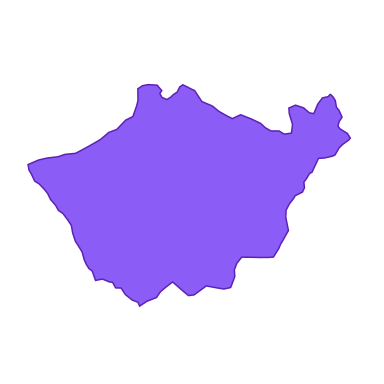 Kivisili, Larnaca, Cyprus, rotated 266°
{"feature_id": "46923920B59918877113180", "entity_name": "Kivisili", "entity_type": "district", "adm_level": 2, "iso_a3": "CYP", "parent_name": "Cyprus", "parent_adm1": "Larnaca", "projection": "mercator", "projection_center": [33.515, 34.826], "detail": "fine", "context": "isolated", "style": "filled", "palette": "violet", "viewbox_px": 384, "rotation_deg": 266, "n_neighbors": 0, "source": "geoboundaries", "source_scale": "gbopen_adm2", "svg_char_len": 1850}
<svg xmlns="http://www.w3.org/2000/svg" viewBox="0 0 384 384"><g transform="rotate(266 192 192)"><path d="M230.8,30.3L230.4,30.4L225.3,30.9L220.9,33.1L213.9,35.8L210.6,40.2L204.8,45.0L200.4,48.0L194.5,50.3L188.2,55.0L182.9,57.5L179.5,61.8L173.3,65.8L167.1,69.3L159.5,70.1L151.0,72.2L146.9,74.5L139.8,78.2L131.8,79.8L127.2,81.5L122.7,83.9L120.2,86.9L110.5,89.6L111.4,96.5L108.1,103.2L107.4,106.5L101.7,109.1L101.1,114.6L94.4,118.3L88.3,124.9L85.9,130.3L81.8,131.8L86.1,139.3L89.2,149.2L94.7,153.6L98.2,158.3L103.6,166.3L100.6,169.4L95.9,174.0L95.7,174.2L88.9,181.2L89.2,186.9L97.3,199.7L94.3,211.4L93.0,217.1L93.6,221.1L94.0,223.9L104.6,228.8L111.3,228.8L117.8,231.8L123.5,237.0L122.8,245.9L121.9,255.6L121.4,263.3L121.4,268.7L129.5,274.6L133.7,276.7L137.1,279.1L146.8,285.5L160.3,283.8L167.3,284.6L173.1,288.1L178.3,292.8L181.1,294.7L184.2,302.2L188.4,304.5L194.1,304.3L197.0,306.9L202.4,310.7L203.2,313.0L216.7,320.5L216.7,326.7L218.0,334.9L219.0,337.3L225.6,341.7L229.0,345.7L233.0,352.1L234.7,353.7L239.6,351.1L244.8,343.9L247.7,342.2L252.1,343.8L256.2,346.9L257.7,346.4L263.3,344.3L266.4,342.0L273.3,341.3L276.6,339.6L279.4,337.3L279.7,336.6L277.6,334.4L276.8,328.7L270.9,323.6L261.7,319.0L262.8,314.6L268.2,309.2L271.4,301.3L269.0,294.5L263.3,294.5L252.5,297.0L243.8,295.3L243.3,288.0L246.8,283.1L247.4,275.0L251.1,269.5L255.7,265.2L260.6,256.5L265.7,245.9L262.4,237.4L265.4,232.3L270.4,224.7L276.5,218.1L281.5,208.2L293.1,201.6L294.8,198.4L297.4,194.1L299.6,190.4L297.7,187.1L292.7,184.2L290.5,180.2L288.2,177.6L286.0,173.4L288.4,168.7L292.4,166.8L295.3,168.9L301.0,164.7L302.2,155.7L301.5,150.1L298.8,145.2L287.0,144.5L281.8,142.8L271.4,138.3L268.3,130.8L259.7,121.4L257.2,113.1L250.8,104.4L245.3,93.2L238.7,78.6L238.4,68.0L236.5,60.6L236.0,50.0L235.8,48.7L234.6,41.1L230.8,30.3Z" fill="#8b5cf6" stroke="#5b21b6" stroke-width="1.5"/></g></svg>